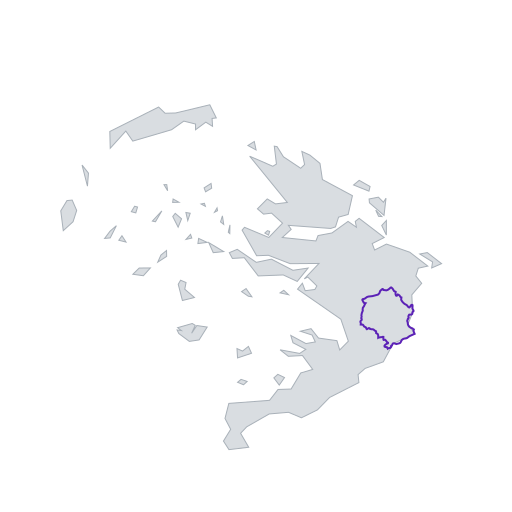 Greece, with Dytiki Makedonia highlighted, rotated 158°
{"feature_id": "GRC-2892", "entity_name": "Dytiki Makedonia", "entity_type": "Region", "adm_level": 1, "iso_a3": "GRC", "parent_name": "Greece", "parent_adm1": "", "projection": "equal_earth", "projection_center": [21.4, 40.362], "detail": "fine", "context": "in_parent", "style": "outline", "palette": "violet", "viewbox_px": 512, "rotation_deg": 158, "n_neighbors": 0, "source": "natural_earth", "source_scale": "10m", "svg_char_len": 5975}
<svg xmlns="http://www.w3.org/2000/svg" viewBox="0 0 512 512"><g transform="rotate(158 256 256)"><path d="M334.4,81.4L353.6,86.6L355.5,96.6L344.4,104.8L345.6,117.0L336.4,129.5L297.5,117.1L285.6,124.0L273.3,119.5L258.3,130.8L245.9,129.6L250.2,146.3L263.6,150.9L268.8,160.0L252.0,149.3L244.8,150.8L254.2,161.7L253.5,169.3L242.5,156.1L233.2,154.1L233.6,161.7L243.0,169.6L232.2,168.0L228.8,156.5L212.7,147.2L213.6,137.5L202.3,142.4L201.0,165.6L229.9,209.7L223.2,213.4L223.4,205.4L214.0,202.9L210.8,205.4L212.7,209.9L215.9,217.1L219.8,216.7L200.4,225.5L227.2,236.1L244.2,252.0L255.3,256.0L259.2,285.2L255.9,286.9L237.2,268.4L219.1,276.5L225.5,289.9L233.3,292.0L237.0,299.2L224.2,304.7L218.4,297.0L206.9,293.9L224.5,350.9L206.8,332.9L202.6,333.6L197.9,351.0L195.5,349.5L193.4,337.7L181.7,320.6L176.7,322.6L174.3,335.8L168.2,329.3L162.0,317.9L165.8,302.0L144.0,275.8L155.0,260.0L164.9,261.1L171.4,253.2L176.5,253.6L214.5,272.3L213.4,267.5L224.7,263.3L194.8,247.5L190.8,251.7L176.9,248.9L157.7,253.6L152.1,245.0L151.0,250.9L146.3,252.3L130.2,225.1L143.6,224.0L143.8,217.1L130.6,218.2L112.0,201.9L100.5,182.3L110.1,183.9L115.3,177.6L112.6,168.6L126.1,161.6L131.9,144.9L140.6,135.9L138.0,124.4L161.6,123.5L177.6,110.2L196.9,110.9L205.8,107.8L208.0,100.1L240.7,97.3L256.7,90.3L274.5,89.0L284.4,98.9L302.9,104.6L328.6,101.1L336.7,97.4L334.4,81.4ZM252.4,398.9L264.8,395.7L262.6,401.0L272.4,408.1L287.0,404.7L327.2,408.7L329.9,420.6L350.8,410.5L344.9,426.2L290.5,430.6L286.8,422.4L276.9,418.7L242.2,413.5L241.1,398.9L245.2,400.0L247.7,392.5L252.4,398.9ZM227.3,217.0L237.8,228.2L261.4,236.7L267.5,258.8L278.8,262.6L279.5,269.1L270.9,269.2L258.1,250.0L242.9,247.3L227.1,228.9L212.2,225.3L227.3,217.0ZM349.8,201.8L356.6,213.0L356.9,217.0L353.1,214.8L355.5,218.9L340.4,217.3L338.3,214.5L344.6,208.5L336.9,213.7L327.9,208.4L340.2,199.5L349.8,201.8ZM410.5,378.2L405.5,376.7L405.2,365.4L412.8,356.3L425.2,351.7L420.1,371.0L410.5,378.2ZM338.7,258.9L335.0,261.8L330.8,257.6L334.5,251.9L328.6,240.6L340.9,242.3L338.7,258.9ZM122.1,245.7L130.9,262.8L129.8,266.5L120.5,264.7L117.7,258.1L113.8,260.9L122.1,245.7ZM103.4,196.5L95.9,195.0L86.8,179.4L97.6,179.1L94.5,184.4L103.4,196.5ZM311.3,168.4L308.3,177.3L304.1,172.9L296.9,175.0L296.6,167.5L311.3,168.4ZM367.8,279.9L377.0,285.2L368.8,288.6L358.4,284.5L367.8,279.9ZM285.1,136.3L280.1,138.1L275.1,132.6L282.8,127.6L285.1,136.3ZM127.0,273.8L138.9,285.3L132.0,287.5L124.2,277.7L127.0,273.8ZM318.4,323.8L314.9,325.8L311.1,318.4L317.4,311.9L318.4,323.8ZM294.4,275.1L294.8,286.1L284.3,272.2L294.4,275.1ZM386.1,383.9L383.2,405.5L380.3,395.6L386.1,383.9ZM128.0,237.2L121.8,240.1L127.3,226.6L128.0,237.2ZM222.1,361.5L214.7,362.8L216.2,354.3L222.1,361.5ZM374.1,336.4L384.4,327.4L389.8,329.0L382.0,333.7L374.1,336.4ZM336.9,294.6L339.0,289.1L349.4,287.1L343.8,292.5L336.9,294.6ZM306.0,314.4L304.7,322.6L301.0,320.3L306.0,314.4ZM305.2,289.3L302.6,293.8L296.2,286.9L305.2,289.3ZM282.7,228.4L277.4,229.5L275.1,219.7L278.2,221.6L282.7,228.4ZM320.4,145.8L316.1,147.2L311.2,143.0L315.8,141.3L320.4,145.8ZM278.7,334.4L278.6,338.6L270.5,340.1L271.7,335.5L278.7,334.4ZM339.0,327.2L326.4,333.1L336.4,325.4L339.0,327.2ZM272.8,288.4L268.5,294.6L271.9,286.6L272.8,288.4ZM314.7,297.6L308.6,300.6L308.8,296.7L314.7,297.6ZM355.0,343.8L349.9,347.6L347.5,345.8L351.3,341.0L355.0,343.8ZM377.3,322.0L372.7,325.0L371.3,317.6L377.3,322.0ZM276.1,300.9L272.1,305.8L274.1,297.4L276.1,300.9ZM127.5,246.9L127.8,253.7L124.5,245.4L127.5,246.9ZM313.2,336.9L311.5,339.9L307.3,334.7L313.2,336.9ZM247.5,212.8L243.1,213.8L240.3,207.9L247.5,212.8ZM239.2,274.0L235.9,275.2L234.1,273.7L236.6,270.6L239.2,274.0ZM278.1,312.1L274.1,315.2L274.7,312.4L278.1,312.1ZM313.5,349.6L314.6,356.6L312.0,355.6L313.5,349.6ZM287.5,324.8L284.1,324.2L284.3,321.0L287.5,324.8Z" fill="#d9dde1" stroke="#a8b0b8" stroke-width="1"/><path d="M136.0,144.2L136.9,143.5L137.3,143.0L137.4,142.7L137.5,142.4L137.5,141.8L137.7,141.4L138.2,141.1L138.7,140.9L138.9,140.4L139.3,140.1L139.6,139.9L139.9,139.6L140.1,139.1L140.2,138.7L140.2,138.3L140.2,137.7L140.7,136.0L140.8,135.0L140.7,134.1L140.5,133.2L140.1,132.5L139.1,131.2L138.0,130.2L137.8,129.8L137.7,129.4L137.6,129.0L137.2,128.7L137.9,127.9L138.1,126.8L138.1,124.4L143.7,124.2L146.5,123.4L147.5,123.4L148.9,123.7L149.5,123.9L150.8,123.9L152.1,123.6L152.7,123.2L154.1,121.9L155.0,121.4L156.0,121.4L158.9,121.8L159.0,121.9L160.7,123.4L161.8,123.6L162.2,123.4L163.1,122.5L163.4,122.2L163.7,122.1L164.2,122.2L164.4,122.1L164.6,121.8L164.6,121.2L165.8,120.5L167.8,120.9L168.6,120.7L168.8,122.5L170.1,123.1L170.7,123.8L170.6,124.5L170.0,125.0L169.2,125.3L167.8,125.7L166.4,125.6L166.1,126.2L166.7,126.9L167.3,129.2L167.7,130.0L169.1,130.4L169.1,131.1L168.2,133.3L168.8,133.6L169.5,133.6L171.1,134.1L171.8,134.1L172.5,134.5L173.3,134.4L172.4,136.7L172.4,138.1L173.5,139.5L173.0,140.8L173.0,141.5L173.6,142.0L174.5,143.7L175.1,144.3L176.5,144.9L177.7,145.8L177.8,146.5L178.4,146.9L180.6,146.6L180.9,147.3L180.8,148.0L180.9,148.7L182.2,150.2L182.4,151.6L182.8,152.4L184.6,153.2L184.0,154.4L183.9,155.9L183.4,156.5L181.9,157.2L181.6,158.0L181.7,159.0L180.8,160.1L180.5,161.5L179.3,163.4L177.5,165.3L177.1,166.6L176.3,168.0L174.8,168.9L172.9,170.7L172.1,171.2L173.4,172.0L173.7,172.8L173.6,173.4L173.9,174.9L173.8,175.6L173.3,176.0L171.3,175.7L168.4,176.4L167.0,176.3L163.1,175.2L157.4,174.5L155.9,175.1L155.1,175.7L154.2,176.9L153.4,177.3L151.8,177.9L151.1,178.0L150.6,177.5L150.6,176.8L148.0,175.3L146.6,175.2L144.5,175.7L143.0,176.3L142.3,176.1L141.6,174.6L141.1,171.7L139.9,170.5L140.9,168.5L141.0,166.9L140.4,166.4L138.9,167.2L137.8,165.8L137.3,163.6L136.7,163.1L137.7,161.3L137.8,160.5L137.3,158.3L136.3,156.1L134.6,154.0L133.9,151.7L133.3,150.9L131.9,151.3L131.3,151.9L130.6,152.3L129.9,152.4L129.4,152.0L129.3,151.8L129.9,150.3L130.3,149.5L130.5,149.1L130.6,148.5L130.6,147.9L130.4,146.6L130.5,146.1L130.8,145.7L131.6,145.5L132.0,145.3L132.3,144.8L132.5,144.3L132.7,143.9L133.2,143.6L134.2,143.5L135.1,144.0L136.0,144.2Z" fill="none" stroke="#5b21b6" stroke-width="2"/></g></svg>